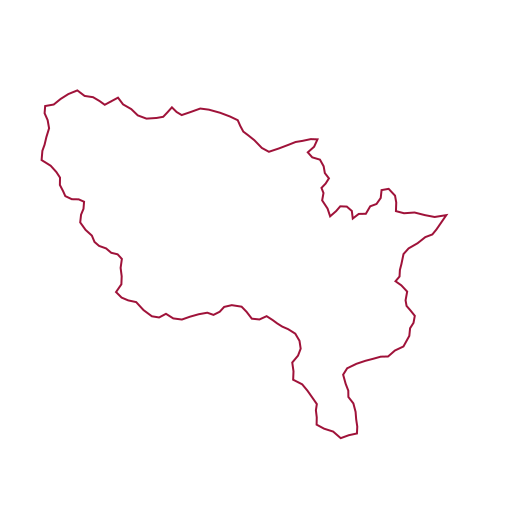 outline of Guabiruba, Santa Catarina, Brazil, rotated 260°
{"feature_id": "56859067B25663220067280", "entity_name": "Guabiruba", "entity_type": "district", "adm_level": 2, "iso_a3": "BRA", "parent_name": "Brazil", "parent_adm1": "Santa Catarina", "projection": "natural_earth1", "projection_center": [-49.027, -27.109], "detail": "fine", "context": "isolated", "style": "outline", "palette": "rose", "viewbox_px": 512, "rotation_deg": 260, "n_neighbors": 0, "source": "geoboundaries", "source_scale": "gbopen_adm2", "svg_char_len": 2322}
<svg xmlns="http://www.w3.org/2000/svg" viewBox="0 0 512 512"><g transform="rotate(260 256 256)"><path d="M61.9,307.8L63.4,316.3L63.7,324.6L70.4,326.1L77.9,326.3L85.2,327.0L93.9,326.3L101.1,322.5L107.4,323.5L114.6,322.1L124.0,321.2L129.6,326.3L132.4,336.2L133.8,345.6L134.4,353.2L135.2,361.4L134.1,368.6L138.8,376.4L141.3,385.5L150.7,393.1L158.1,395.2L162.8,399.5L169.5,402.0L175.5,398.7L180.7,395.6L186.4,395.6L194.7,398.7L201.9,394.0L206.9,389.0L210.9,393.8L217.3,395.3L222.8,397.8L232.3,401.6L237.0,407.6L240.5,417.3L245.2,426.0L246.6,433.4L250.8,438.3L263.2,450.5L263.4,438.7L266.9,429.5L271.3,419.7L272.4,409.2L275.9,401.6L284.3,403.4L291.3,403.4L299.1,398.3L299.1,391.1L291.5,388.9L286.3,383.7L285.1,377.1L278.5,371.5L279.6,364.5L276.1,357.8L283.7,358.2L288.9,354.0L290.3,347.6L286.3,342.7L282.2,335.9L290.3,334.7L299.3,330.8L306.3,333.4L311.7,332.3L315.2,337.1L319.8,341.3L325.7,338.2L332.6,338.2L339.8,335.7L343.4,328.5L349.1,325.0L353.5,332.2L360.2,336.8L361.6,330.2L361.3,321.7L361.4,314.8L359.9,307.5L357.9,297.0L356.4,286.8L361.4,280.5L370.3,274.5L376.1,269.4L380.7,265.1L386.8,263.1L392.9,261.6L397.9,254.6L403.3,245.5L408.3,235.0L410.9,226.7L409.2,216.9L407.7,207.3L411.6,202.8L417.0,199.0L412.9,193.8L409.2,188.8L409.2,182.1L410.3,172.0L415.0,164.0L422.3,158.7L428.4,151.4L435.9,147.6L433.8,141.2L431.2,133.3L435.9,128.7L440.7,123.1L443.4,115.0L450.1,108.8L448.1,99.4L444.6,90.9L440.3,83.1L440.3,74.4L433.3,72.6L426.0,74.4L417.7,74.4L409.5,70.2L402.3,67.1L396.7,63.9L387.7,61.5L380.5,69.5L373.3,74.0L367.2,76.6L360.0,75.2L353.3,77.3L348.1,78.6L343.9,84.5L342.6,91.2L339.3,96.1L332.4,94.3L327.1,90.9L319.6,88.7L311.3,92.7L304.6,97.9L297.9,99.4L293.2,103.2L289.5,109.7L284.3,114.0L281.7,120.0L276.4,123.4L267.8,120.6L259.3,120.2L251.5,118.5L244.8,111.9L238.4,116.4L234.5,122.4L231.4,130.0L222.3,135.8L214.7,143.0L212.3,149.9L214.7,157.3L208.9,163.7L206.3,172.0L207.7,180.5L208.6,189.5L208.6,198.2L205.4,203.9L207.4,210.6L211.4,215.8L211.8,223.6L208.6,233.0L202.7,237.0L195.0,241.0L192.9,248.4L194.9,256.0L190.1,261.2L186.0,265.1L181.9,269.6L178.4,274.9L172.7,281.2L164.9,284.1L157.0,283.9L150.6,280.1L144.8,273.2L135.9,272.9L127.7,271.1L121.6,279.2L114.4,283.3L107.8,286.4L99.6,290.2L93.7,288.2L86.5,287.8L79.4,286.4L74.1,293.1L69.7,301.5L61.9,307.8Z" fill="none" stroke="#9f1239" stroke-width="2"/></g></svg>